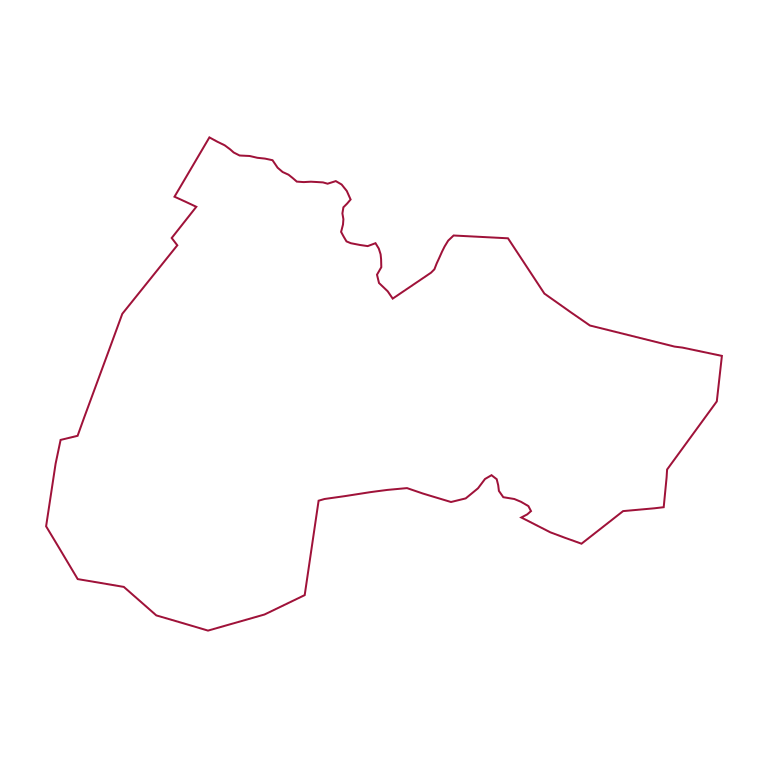 the district of Patos do Piauí, Piauí, Brazil
{"feature_id": "56859067B57592098584408", "entity_name": "Patos do Piauí", "entity_type": "district", "adm_level": 2, "iso_a3": "BRA", "parent_name": "Brazil", "parent_adm1": "Piauí", "projection": "mercator", "projection_center": [-41.277, -7.664], "detail": "fine", "context": "isolated", "style": "outline", "palette": "rose", "viewbox_px": 768, "rotation_deg": 0, "n_neighbors": 0, "source": "geoboundaries", "source_scale": "gbopen_adm2", "svg_char_len": 1524}
<svg xmlns="http://www.w3.org/2000/svg" viewBox="0 0 768 768"><path d="M721.9,355.9L682.5,347.6L674.6,346.6L589.9,325.5L570.4,312.0L544.4,293.6L508.0,238.3L453.6,235.5L448.2,240.6L444.6,246.5L442.1,251.5L439.2,258.0L436.7,263.4L434.4,269.3L431.0,272.7L392.7,298.6L387.7,291.3L379.0,283.0L377.0,274.7L381.3,267.2L381.1,259.3L380.6,254.3L378.8,248.6L375.5,243.2L367.7,246.1L360.1,245.0L350.8,243.2L346.5,241.4L343.7,236.7L341.1,231.9L343.0,224.5L343.4,219.2L342.4,213.4L343.4,207.3L347.1,203.6L350.6,199.5L346.8,191.0L341.6,184.5L335.8,181.1L327.6,183.7L323.0,182.4L318.1,182.1L310.9,181.7L303.7,182.1L296.8,181.6L292.4,177.8L288.5,174.7L282.6,172.0L277.6,167.7L272.5,160.2L265.0,158.6L257.4,157.8L249.7,156.0L239.6,155.5L233.7,152.5L230.2,149.4L224.7,145.3L217.5,141.8L209.4,137.4L182.0,184.0L174.5,196.7L186.3,202.1L196.3,206.8L171.7,238.0L177.3,245.3L122.3,313.8L108.2,352.3L84.1,417.7L77.6,435.8L60.6,439.9L55.6,463.7L46.1,526.3L58.2,546.4L77.7,579.1L123.8,586.9L156.3,615.4L186.4,624.2L192.5,626.0L208.0,630.6L264.5,614.5L304.7,595.1L318.6,500.7L324.5,499.0L345.0,496.1L370.0,492.2L375.9,491.4L387.5,489.9L407.0,488.1L422.8,493.5L429.7,495.6L451.0,502.0L465.7,498.4L478.0,488.3L485.0,479.0L491.5,475.2L496.7,479.2L498.2,485.2L498.9,490.9L503.3,497.2L514.3,499.0L521.0,501.8L528.4,506.1L531.0,511.1L527.2,514.4L521.3,517.5L550.3,532.3L565.0,537.8L581.5,543.7L623.1,511.1L654.3,508.3L663.7,507.2L666.6,477.4L667.1,469.5L670.9,464.3L680.9,450.6L716.8,401.4L721.9,355.9Z" fill="none" stroke="#9f1239" stroke-width="2"/></svg>